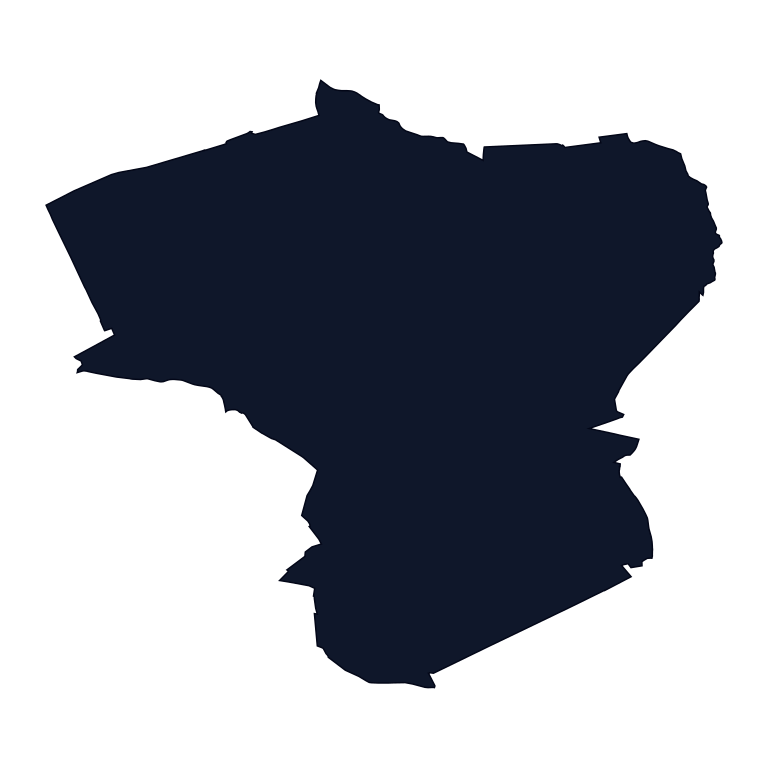 outline of Oosterhout, Noord-Brabant, Netherlands
{"feature_id": "6326949B60940309425177", "entity_name": "Oosterhout", "entity_type": "district", "adm_level": 2, "iso_a3": "NLD", "parent_name": "Netherlands", "parent_adm1": "Noord-Brabant", "projection": "natural_earth1", "projection_center": [4.867, 51.632], "detail": "fine", "context": "isolated", "style": "filled", "palette": "ink", "viewbox_px": 768, "rotation_deg": 0, "n_neighbors": 0, "source": "geoboundaries", "source_scale": "gbopen_adm2", "svg_char_len": 5975}
<svg xmlns="http://www.w3.org/2000/svg" viewBox="0 0 768 768"><path d="M412.6,684.0L425.0,687.3L428.0,687.6L433.3,687.4L434.4,687.6L434.9,686.0L434.8,685.6L428.7,673.7L429.0,673.8L429.4,672.7L433.5,673.2L489.6,645.9L570.9,606.8L604.3,590.4L604.5,590.6L631.1,576.7L621.6,565.5L624.7,564.2L624.8,564.4L628.1,563.7L631.0,567.6L642.0,565.8L641.9,562.4L641.9,561.8L642.1,561.5L644.2,560.1L647.3,558.3L650.3,558.1L651.9,558.2L652.0,557.7L652.4,555.9L652.3,555.4L652.4,549.7L652.5,549.7L652.5,549.3L652.4,549.3L652.3,545.9L652.0,541.6L651.5,538.7L651.1,536.5L649.0,529.1L648.8,528.0L648.6,526.7L647.8,520.3L647.4,518.3L647.2,517.7L645.7,514.4L643.0,509.1L637.9,500.3L636.2,497.9L634.9,496.3L634.5,496.2L629.8,489.6L629.7,489.4L629.8,489.3L625.7,483.4L621.5,477.1L620.3,477.3L619.5,474.7L619.2,472.1L619.2,470.7L619.6,468.8L619.4,466.8L620.0,466.8L620.2,463.9L613.9,462.4L617.8,459.7L620.4,458.3L622.4,457.3L623.7,456.4L624.2,456.0L625.2,455.5L626.8,455.1L630.1,455.0L632.0,453.1L633.7,451.2L634.8,449.8L635.6,448.5L636.6,446.4L638.3,441.2L638.9,439.3L619.3,435.1L614.8,434.0L589.1,428.5L610.0,421.3L616.8,418.9L619.8,417.7L622.4,417.1L623.7,414.5L617.9,412.0L617.0,411.5L616.7,411.1L616.2,409.7L615.9,407.7L614.6,400.0L614.5,399.3L615.0,398.2L618.5,391.8L619.0,390.2L627.0,375.8L628.4,373.8L633.3,368.6L638.5,363.6L645.7,356.3L661.3,340.2L675.7,325.4L680.9,319.7L689.1,311.2L699.0,301.3L699.2,299.4L699.1,297.4L699.3,295.2L699.3,291.9L702.5,295.0L702.9,295.3L703.5,292.4L703.5,288.5L703.6,287.8L703.8,286.8L704.1,286.2L705.5,285.5L706.6,284.3L707.2,283.8L710.3,282.7L712.0,281.6L714.6,280.2L714.9,279.7L714.9,278.6L714.7,278.0L714.7,277.3L715.4,274.2L715.4,273.0L715.0,272.3L714.1,267.2L713.1,265.2L712.9,264.5L713.1,263.3L713.9,261.5L713.9,260.3L713.8,259.5L713.2,258.7L713.0,257.9L712.8,257.3L712.7,256.8L712.7,256.0L713.0,254.2L713.3,253.6L713.4,252.8L713.2,252.1L713.2,251.5L713.3,250.8L713.7,250.0L714.3,249.3L714.9,248.8L717.1,247.7L718.9,246.5L719.2,246.0L719.7,244.8L720.5,244.0L721.5,243.4L721.9,242.7L721.6,241.0L720.5,238.6L719.4,237.3L719.4,235.7L719.1,235.3L716.9,234.4L716.3,234.0L715.7,233.5L715.3,232.3L715.7,230.8L716.1,229.9L716.3,229.2L716.3,228.6L716.3,227.9L715.3,225.7L713.5,221.3L711.5,217.8L710.6,215.1L710.4,213.1L710.2,212.6L709.3,211.5L708.5,210.0L707.1,207.2L707.1,206.6L708.2,204.6L708.2,203.4L707.2,200.1L705.9,192.9L705.4,190.9L705.4,189.9L706.6,187.1L705.7,185.7L703.8,184.5L701.4,183.9L696.9,180.8L693.4,179.3L690.3,177.6L688.2,175.9L687.8,174.2L687.1,173.0L686.6,172.0L685.9,170.7L684.8,166.0L681.8,158.7L680.6,153.8L677.6,152.4L676.7,151.7L673.0,149.9L668.0,148.6L659.0,145.8L655.8,144.6L648.4,141.4L647.5,141.1L645.3,140.7L642.4,141.0L640.5,141.4L638.1,142.3L637.1,142.6L634.5,143.1L633.4,143.1L631.0,142.3L630.4,141.7L629.5,140.4L628.1,138.0L627.5,136.4L626.8,133.6L599.1,137.2L600.8,142.8L564.8,147.5L563.9,146.2L562.7,145.1L561.9,145.8L560.9,145.1L559.4,144.5L557.6,143.9L556.3,143.8L484.3,147.0L484.2,147.1L483.9,149.4L483.4,154.4L483.1,160.4L466.9,152.0L466.0,148.3L464.3,145.1L463.5,144.1L458.5,143.4L451.2,142.8L448.0,142.0L447.5,141.8L447.2,141.6L444.8,139.0L443.9,138.2L443.1,137.7L442.6,137.6L441.0,137.6L437.4,137.8L436.0,137.6L433.5,136.9L430.8,136.4L428.7,136.3L422.9,136.4L421.3,136.3L419.8,135.8L417.0,134.7L410.0,132.4L405.6,130.9L402.4,128.7L400.5,126.6L399.9,125.6L399.6,125.0L398.9,123.2L398.4,122.7L397.0,121.6L395.5,121.0L394.4,120.7L389.3,119.8L387.3,118.9L385.3,117.7L383.8,116.3L382.8,115.0L382.5,114.8L381.8,114.4L380.0,113.7L378.9,113.0L378.6,112.5L378.6,112.0L379.1,110.5L379.3,109.2L379.1,104.9L377.7,104.7L376.7,104.3L371.5,102.1L365.6,98.9L361.0,96.0L361.0,95.9L356.9,93.1L354.6,92.0L351.9,91.1L350.2,90.9L347.1,90.7L341.7,90.7L338.2,90.3L335.0,89.7L333.2,89.0L329.9,87.3L320.8,80.4L319.7,83.6L318.7,87.6L316.8,92.2L317.0,92.1L316.1,95.9L315.8,99.1L315.7,102.5L316.2,106.2L317.0,108.9L318.2,112.2L318.2,112.7L319.1,115.4L302.0,120.8L279.3,127.4L273.4,129.3L264.5,132.0L255.4,134.4L251.4,133.3L252.1,131.8L250.1,131.5L248.8,132.5L247.3,133.4L246.1,133.9L230.2,139.8L227.1,141.1L226.6,141.6L226.3,142.3L226.3,142.8L226.2,142.8L226.5,143.7L224.8,144.2L224.8,144.3L224.2,144.5L204.5,150.5L204.5,150.1L204.2,150.2L204.3,150.3L146.5,167.4L118.9,172.5L111.5,174.6L74.0,190.9L46.1,205.2L47.9,209.3L50.4,214.4L52.5,219.5L58.2,231.4L70.7,257.1L84.6,287.0L86.1,289.7L91.9,302.3L92.5,303.5L98.0,313.6L100.5,319.4L100.7,320.0L100.4,321.1L104.4,330.3L104.7,330.7L111.7,328.3L114.6,335.0L90.0,348.4L74.4,356.8L76.2,358.6L81.1,361.0L82.4,364.6L81.7,365.6L79.7,367.6L77.8,369.4L77.6,369.8L77.6,371.2L77.2,372.6L82.5,371.0L84.0,370.8L87.2,371.2L87.6,371.4L90.3,372.0L96.5,373.3L116.4,377.0L129.7,378.6L130.8,378.9L132.3,379.1L140.5,379.5L146.4,378.7L147.6,378.7L154.9,380.7L160.2,381.8L161.5,381.8L163.4,381.6L167.7,380.1L169.1,379.7L170.5,379.5L172.4,379.4L174.4,379.4L180.1,379.9L181.7,380.1L183.2,380.5L192.5,384.0L194.8,384.7L198.5,385.4L207.0,386.6L209.4,387.2L211.6,388.0L213.3,389.2L218.1,393.3L220.7,394.9L221.6,396.1L221.4,396.3L222.2,397.4L223.0,399.0L223.4,400.0L223.9,402.4L224.5,404.9L225.4,409.3L225.5,410.4L225.8,411.9L227.2,410.7L229.0,410.1L231.3,409.7L235.1,409.6L236.3,409.9L237.8,410.5L239.7,412.2L239.9,412.1L241.4,413.1L243.1,412.9L244.2,413.6L245.4,414.6L252.7,426.3L253.0,427.2L262.1,433.3L262.7,433.5L269.7,437.5L271.8,438.6L273.8,439.2L274.1,439.4L275.2,439.6L301.8,456.4L303.6,457.7L317.6,470.0L312.8,485.5L309.9,490.9L307.1,495.5L301.7,515.5L307.8,521.0L309.6,523.8L310.2,526.0L309.2,526.5L318.9,539.2L321.4,544.0L312.0,546.9L305.3,552.0L304.9,556.4L286.9,569.9L287.5,570.3L288.2,571.0L288.1,571.8L279.6,580.5L288.3,581.9L309.0,585.7L314.7,588.3L313.5,596.1L314.1,596.3L314.3,597.2L314.4,598.9L315.7,608.3L317.3,614.1L314.4,613.6L317.3,645.9L321.3,647.4L323.0,648.2L323.5,648.8L326.1,653.7L327.0,654.6L328.1,656.1L328.3,657.3L345.3,670.2L358.7,676.3L366.2,680.8L369.2,682.4L371.2,682.7L378.7,683.0L388.0,683.0L393.5,682.8L405.1,682.6L412.6,684.0Z" fill="#0f172a" stroke="#020617" stroke-width="1.5"/></svg>